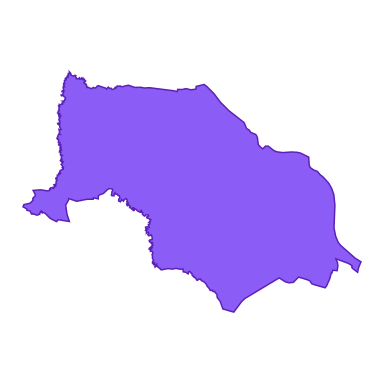 Benchalak, Si Sa Ket, Thailand (Robinson projection)
{"feature_id": "78962969B60458593570570", "entity_name": "Benchalak", "entity_type": "district", "adm_level": 2, "iso_a3": "THA", "parent_name": "Thailand", "parent_adm1": "Si Sa Ket", "projection": "robinson", "projection_center": [104.649, 14.787], "detail": "fine", "context": "isolated", "style": "filled", "palette": "violet", "viewbox_px": 384, "rotation_deg": 0, "n_neighbors": 0, "source": "geoboundaries", "source_scale": "gbopen_adm2", "svg_char_len": 5789}
<svg xmlns="http://www.w3.org/2000/svg" viewBox="0 0 384 384"><path d="M308.7,157.1L300.8,153.2L297.2,152.3L291.3,152.0L282.7,152.6L276.8,151.8L273.9,150.6L268.3,146.2L265.5,146.1L263.0,148.8L260.6,147.2L258.3,144.6L257.4,137.7L256.3,135.1L255.2,134.2L250.9,132.5L249.0,129.9L246.6,128.6L244.1,122.6L228.9,110.7L220.3,102.1L214.1,93.8L206.5,86.2L204.1,84.5L196.2,86.4L195.9,89.1L191.1,89.8L185.8,88.6L182.3,89.5L177.7,89.4L177.1,91.6L174.1,90.8L149.4,87.7L144.4,88.0L140.9,87.3L134.7,87.4L128.3,85.2L122.2,86.7L120.7,86.5L120.1,85.9L119.4,86.3L117.2,86.0L116.3,87.3L115.6,87.2L115.7,88.1L114.8,87.9L114.0,89.0L112.1,89.5L111.0,88.2L109.6,88.4L108.3,87.1L106.4,89.1L105.8,88.2L98.4,85.7L97.4,85.9L96.5,87.2L94.7,88.2L93.6,87.4L91.2,88.7L87.7,87.1L86.9,87.5L86.6,85.5L85.6,84.6L86.4,84.8L86.3,84.3L84.1,83.2L84.0,82.3L85.3,81.7L85.6,80.9L84.9,80.6L84.5,79.4L83.9,79.9L83.1,79.5L83.1,78.4L82.4,78.8L81.9,77.8L81.2,78.3L81.3,79.0L79.7,79.2L79.4,77.9L78.2,78.8L76.4,78.8L76.5,77.9L75.4,76.7L75.8,75.6L74.6,75.4L73.0,76.1L71.2,75.3L70.7,73.3L69.4,71.9L69.6,73.9L68.3,73.5L68.2,74.9L67.7,75.3L68.3,75.7L68.1,77.3L67.0,76.8L66.3,77.8L66.3,78.8L65.4,78.3L65.1,78.9L65.6,80.1L64.4,80.7L64.6,82.3L64.1,82.9L64.5,83.5L63.7,83.5L63.5,84.0L64.4,86.6L63.5,86.2L63.1,87.4L63.8,90.5L62.3,90.7L62.0,91.7L63.7,91.9L62.6,94.7L61.1,95.1L61.5,95.8L63.5,95.6L64.1,96.8L65.4,97.5L65.4,98.9L64.8,99.2L64.9,100.0L64.1,100.9L62.7,101.1L63.7,101.5L63.8,102.2L62.2,102.9L62.4,104.0L61.9,103.8L60.7,104.7L59.3,104.4L59.4,105.1L58.5,105.9L59.6,106.8L59.0,107.2L59.3,108.2L58.8,109.0L59.3,110.7L58.3,111.0L58.2,112.6L57.6,113.0L58.3,113.8L59.9,113.6L59.9,114.1L58.6,114.8L58.8,115.6L59.3,115.7L59.4,115.0L60.8,115.9L59.1,117.0L60.1,117.9L59.3,118.4L58.8,119.9L59.7,120.5L59.4,121.2L59.9,122.1L59.8,123.7L58.2,123.0L57.6,123.7L58.3,124.5L59.4,124.3L59.1,125.0L59.7,125.5L59.8,127.4L61.1,129.4L59.9,129.9L59.0,129.5L59.6,132.1L59.1,133.2L60.0,134.2L59.1,134.0L58.3,134.8L57.0,138.4L57.8,138.4L57.7,139.5L58.7,140.0L58.4,142.5L60.0,142.6L59.7,143.8L59.0,143.8L58.6,144.8L59.5,145.3L60.6,145.0L60.1,145.8L61.1,147.0L61.0,147.7L60.1,147.1L60.0,148.5L61.6,150.0L60.6,150.6L60.0,150.1L59.4,151.8L60.5,151.7L60.4,152.5L60.8,152.7L60.3,154.0L60.8,155.0L61.8,155.3L61.0,155.6L61.6,156.2L61.0,159.6L60.3,160.7L61.2,161.3L62.0,160.4L61.8,161.9L63.1,161.8L62.7,162.9L61.1,164.4L63.5,167.3L63.4,167.7L62.8,167.2L62.2,167.5L63.2,169.2L60.2,170.5L59.8,171.4L60.0,172.1L59.3,172.8L60.5,173.2L59.7,174.4L58.5,174.1L58.0,175.5L57.3,175.3L57.2,177.2L55.8,178.1L56.0,179.2L57.1,179.4L56.7,180.9L56.1,181.2L56.1,184.0L54.7,184.5L55.6,185.1L55.8,186.0L55.3,186.3L54.7,185.0L54.0,185.1L54.7,186.1L53.6,188.3L53.1,188.2L52.8,187.4L52.0,188.0L51.0,187.7L49.6,188.9L49.6,189.3L50.3,188.7L50.5,189.1L49.6,190.4L47.7,190.9L40.5,189.8L33.1,190.4L35.2,194.3L35.1,196.4L33.4,197.5L32.7,198.8L33.2,200.2L30.0,203.2L23.9,204.6L23.0,206.8L26.8,208.9L26.9,210.3L29.9,210.9L31.5,214.0L32.8,213.6L33.1,214.2L33.8,214.0L36.5,215.1L38.3,214.9L39.1,214.1L39.7,214.3L39.9,212.8L40.5,212.0L41.5,212.5L40.9,211.2L41.3,211.0L43.2,212.6L45.0,213.2L50.2,218.4L56.2,221.5L56.9,221.5L57.4,220.2L58.8,219.8L69.4,221.5L67.0,214.3L65.7,205.2L68.4,200.3L68.8,198.6L76.7,201.3L86.8,199.3L93.3,199.2L93.5,197.8L98.3,198.9L98.3,196.0L99.3,195.0L103.5,193.4L107.8,189.3L109.8,188.6L112.4,189.1L112.7,190.4L112.0,191.5L111.4,195.3L112.1,195.8L114.1,195.8L114.0,194.9L114.9,192.7L115.9,194.2L117.2,194.2L118.0,195.5L119.3,195.8L119.9,198.0L118.8,199.0L118.6,201.0L120.4,201.8L121.7,199.7L122.2,200.5L122.8,200.4L123.5,201.1L124.3,199.7L126.0,198.5L127.3,200.1L126.8,201.8L128.0,202.4L126.6,203.7L127.1,205.5L127.6,205.7L128.1,204.1L128.6,204.0L128.7,205.3L130.1,206.1L129.6,207.6L130.8,207.9L131.8,209.2L132.4,209.1L132.9,207.8L133.5,207.7L133.1,210.5L133.7,210.6L134.4,210.1L134.4,208.7L136.2,209.4L137.5,211.0L140.1,212.2L140.8,210.5L141.3,210.3L141.7,210.9L141.4,212.3L142.7,212.6L142.4,214.2L143.7,215.6L144.7,216.1L145.7,215.0L147.1,214.7L148.6,215.4L148.4,216.0L146.7,217.0L146.7,217.7L150.8,219.7L150.0,220.2L150.4,221.3L148.9,222.3L149.9,222.8L149.6,224.2L148.3,224.4L149.1,227.1L148.0,226.6L145.5,227.2L145.7,228.1L147.5,228.9L146.1,229.2L145.5,230.5L146.7,230.8L146.4,233.3L148.0,232.2L148.5,232.4L148.7,234.0L147.9,234.6L148.5,235.7L150.2,235.6L151.0,234.8L151.9,236.1L152.3,239.5L149.5,240.1L149.1,240.9L150.2,242.3L152.2,242.5L152.6,243.2L151.5,243.7L153.0,245.2L151.3,246.3L152.3,247.3L151.6,248.8L150.5,247.6L149.5,248.0L149.1,248.9L149.2,249.4L150.4,249.6L150.4,251.4L152.1,251.3L152.8,252.5L152.8,253.4L152.0,254.6L152.6,256.6L152.3,257.9L153.5,260.1L152.6,261.4L152.5,263.2L153.0,263.4L154.9,262.1L153.6,264.6L154.5,264.9L156.2,264.3L154.9,266.5L155.0,267.1L157.4,265.6L158.1,267.4L160.0,268.3L160.3,269.3L161.4,269.9L167.9,268.6L172.4,269.1L175.9,268.4L180.6,269.3L183.0,269.0L183.2,271.8L185.8,272.3L188.1,273.9L188.9,271.4L190.2,271.8L190.6,272.8L191.9,273.5L192.1,275.1L192.7,276.0L193.8,276.2L194.0,277.4L195.6,277.9L196.6,280.0L197.7,280.3L198.4,279.2L200.8,279.1L201.1,280.4L204.3,282.1L206.0,283.8L207.3,286.4L209.5,288.8L209.6,289.8L211.0,290.6L212.3,290.3L213.1,291.6L214.3,291.4L215.0,291.8L215.1,292.6L216.9,294.2L217.2,297.5L220.2,301.4L222.9,309.0L233.8,312.1L241.6,301.6L244.9,298.5L279.2,277.9L285.3,281.8L289.0,282.8L293.3,282.4L298.6,277.1L307.5,279.8L310.0,281.0L311.7,283.7L313.7,284.5L325.1,287.8L326.5,286.1L329.7,278.9L331.2,273.3L331.9,273.1L332.8,270.2L337.1,270.7L337.9,265.9L337.5,262.7L335.9,258.8L348.4,263.4L352.0,265.7L351.8,267.4L352.9,268.7L357.6,272.3L358.6,267.6L361.0,261.8L355.4,258.4L340.4,245.2L338.1,242.1L335.7,236.4L334.0,228.0L334.9,205.2L333.8,194.5L331.7,188.5L328.8,183.3L323.2,177.1L319.8,174.4L317.4,171.4L313.7,170.0L310.4,167.7L309.2,165.1L308.7,157.1Z" fill="#8b5cf6" stroke="#5b21b6" stroke-width="1.5"/></svg>